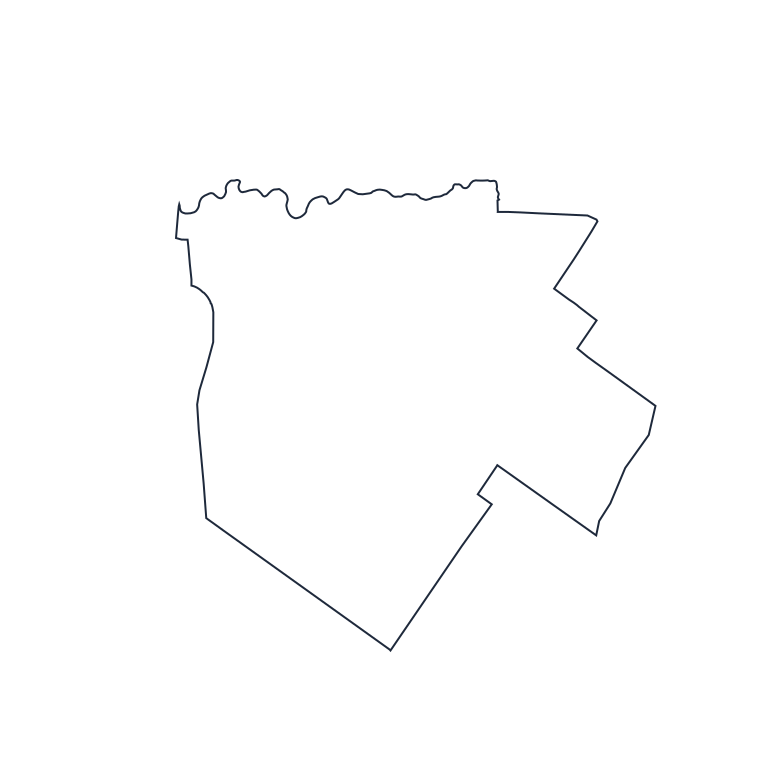 Frumoasa, Teleorman, Romania (Natural Earth projection), rotated 295°
{"feature_id": "2599482B40273657250889", "entity_name": "Frumoasa", "entity_type": "district", "adm_level": 2, "iso_a3": "ROU", "parent_name": "Romania", "parent_adm1": "Teleorman", "projection": "natural_earth1", "projection_center": [25.466, 43.78], "detail": "fine", "context": "isolated", "style": "outline", "palette": "slate", "viewbox_px": 768, "rotation_deg": 295, "n_neighbors": 0, "source": "geoboundaries", "source_scale": "gbopen_adm2", "svg_char_len": 4522}
<svg xmlns="http://www.w3.org/2000/svg" viewBox="0 0 768 768"><g transform="rotate(295 384 384)"><path d="M409.9,638.1L449.7,645.5L472.3,640.7L478.9,639.3L486.3,600.7L489.7,582.9L492.6,567.2L494.6,557.1L497.9,544.2L531.5,549.8L533.1,542.5L536.3,528.2L537.1,525.5L537.9,521.6L538.7,516.0L542.3,497.9L576.9,503.3L586.4,504.6L603.8,506.8L610.3,507.6L621.6,508.7L622.8,507.1L622.7,497.2L613.9,475.9L603.9,451.7L597.4,435.7L592.5,424.0L591.1,420.9L589.4,417.4L588.0,414.4L588.3,414.3L598.3,409.3L599.7,410.3L599.9,409.9L600.6,409.0L600.9,408.6L601.5,408.2L602.8,408.0L604.2,407.8L604.8,407.6L605.2,407.3L605.8,406.6L606.9,405.0L607.9,404.0L608.6,403.6L609.5,403.4L610.2,403.2L610.8,402.9L612.6,401.8L614.1,400.6L614.5,400.2L614.7,399.9L614.8,399.3L614.8,398.7L614.7,398.0L614.5,397.5L613.6,396.0L612.7,394.5L612.6,394.0L612.5,393.2L612.5,392.3L612.3,391.6L611.8,390.8L611.3,389.9L609.8,387.0L608.0,382.9L607.4,381.2L606.3,379.8L605.7,379.1L604.8,378.6L603.1,377.9L602.0,377.6L601.0,377.5L599.5,377.4L597.6,376.7L596.7,376.1L596.1,375.4L595.7,374.6L595.4,373.5L595.4,372.6L595.6,371.9L596.4,370.3L596.7,369.3L596.7,368.1L596.6,367.4L595.9,366.2L595.3,364.6L594.8,363.7L594.3,363.4L593.5,363.2L592.7,363.2L591.5,363.5L590.7,363.7L590.0,363.6L589.2,363.4L588.2,362.8L587.4,362.3L586.4,361.9L583.8,360.9L582.7,360.4L582.3,360.1L581.8,359.3L581.0,358.4L578.9,356.8L577.9,355.8L577.1,354.7L575.5,351.9L574.2,350.0L573.2,349.0L572.1,348.3L571.5,347.7L570.9,347.1L569.5,345.4L568.7,344.4L568.5,343.9L568.3,343.0L568.2,341.6L568.0,340.3L567.9,338.9L568.0,338.1L568.8,336.2L569.0,335.0L569.2,333.4L569.2,332.6L569.0,332.0L568.4,331.1L567.9,330.1L567.3,328.3L566.4,325.8L565.6,324.3L565.0,323.5L564.2,322.7L562.2,321.3L561.5,320.8L561.1,320.3L560.6,319.3L559.9,317.6L559.0,316.2L558.4,315.0L558.1,313.9L558.1,312.5L558.4,311.3L559.5,307.8L560.0,304.8L559.7,302.4L559.1,300.2L558.4,298.0L557.3,296.1L556.4,295.0L555.3,294.0L553.8,292.5L551.9,291.7L550.8,290.5L549.0,287.7L547.0,284.6L545.8,281.6L545.3,280.3L545.3,276.7L545.5,272.4L545.5,270.3L545.2,269.0L544.6,267.9L543.7,267.1L542.6,266.6L540.8,266.1L538.5,265.7L534.8,265.1L533.2,264.8L532.0,264.3L527.9,261.8L525.5,260.2L524.6,259.2L524.2,258.3L524.3,257.5L525.0,256.5L526.1,255.4L527.3,254.2L527.8,253.5L528.1,252.5L528.2,251.1L528.2,249.6L527.8,248.3L526.9,246.9L525.4,245.2L523.4,243.0L521.2,241.3L519.3,240.5L517.4,239.9L515.6,239.7L513.1,239.8L510.3,239.8L508.8,240.1L507.4,240.6L506.9,240.6L505.1,240.3L503.5,239.7L501.4,238.6L499.8,237.5L498.3,235.9L497.3,234.6L496.8,233.6L496.6,232.6L496.6,230.3L497.0,228.5L497.7,226.9L498.7,225.3L500.2,223.5L501.5,222.2L504.1,220.3L505.0,219.9L506.4,219.6L508.7,219.2L510.5,218.8L511.4,218.2L513.1,216.9L514.1,215.7L515.0,214.1L515.2,213.5L515.3,212.6L515.8,211.0L516.0,209.5L516.1,208.5L516.3,207.6L516.4,207.0L516.3,206.6L515.9,205.8L515.4,205.1L514.5,203.5L513.7,202.1L512.7,201.2L511.5,200.4L508.7,199.2L505.7,198.3L504.3,197.4L503.6,196.7L503.4,196.2L503.4,195.6L503.4,194.9L503.8,193.9L504.7,192.5L505.8,189.6L506.3,187.6L506.4,186.8L506.2,186.0L505.1,183.9L502.8,180.5L499.9,177.3L498.8,175.7L498.2,175.0L497.9,174.2L497.8,173.0L498.1,172.0L498.8,170.8L500.1,169.5L501.4,168.7L503.5,168.3L505.6,168.2L506.3,168.1L506.8,167.6L507.1,166.8L507.1,165.8L507.0,165.0L506.6,164.2L505.7,163.2L505.1,162.4L504.7,161.5L503.9,159.8L503.1,159.0L502.0,158.5L500.3,157.7L498.9,157.4L497.1,157.3L495.1,157.6L494.1,158.0L493.3,158.6L492.0,159.3L491.2,159.7L489.2,159.9L486.6,159.8L485.4,159.3L484.4,158.8L483.7,158.2L483.2,157.2L482.9,155.9L482.9,154.4L483.9,150.5L484.4,149.0L484.3,148.2L484.2,147.5L483.8,146.4L482.8,145.2L478.8,141.8L476.5,140.5L474.9,140.0L473.4,139.9L471.6,139.9L469.7,140.2L467.5,140.9L465.5,141.2L463.3,141.0L461.9,140.7L460.8,140.3L459.4,139.3L457.0,136.5L455.6,134.0L454.6,131.9L454.3,129.7L454.3,128.4L454.6,127.2L455.3,126.3L457.2,124.6L459.3,123.4L460.3,122.5L458.3,122.9L453.1,124.7L441.4,129.0L428.4,133.8L429.2,138.7L429.4,139.7L429.9,140.8L431.8,145.0L426.2,148.4L410.2,157.6L397.4,165.3L391.8,167.9L392.1,169.6L392.3,171.0L392.3,172.2L392.3,173.9L391.9,176.7L391.4,178.7L390.6,181.1L390.6,182.2L390.1,183.5L389.3,185.4L388.1,187.7L386.2,190.5L384.8,192.2L383.8,192.9L383.7,193.5L383.4,194.0L381.1,196.0L376.9,199.0L349.8,211.5L324.1,216.0L300.3,219.4L286.5,223.3L264.1,235.5L217.6,262.6L187.3,279.6L183.3,300.6L145.7,501.4L145.2,502.5L270.0,523.0L320.5,532.5L323.7,515.6L357.2,520.9L358.3,521.0L345.6,590.3L336.5,640.3L350.8,636.9L371.4,639.6L409.9,638.1Z" fill="none" stroke="#1e293b" stroke-width="2"/></g></svg>